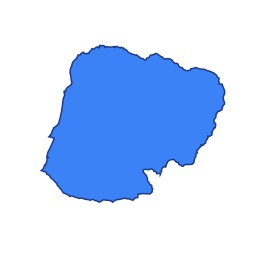 Aricestii Zeletin, Prahova, Romania (Mercator projection), rotated 116°
{"feature_id": "2599482B40802977516899", "entity_name": "Aricestii Zeletin", "entity_type": "district", "adm_level": 2, "iso_a3": "ROU", "parent_name": "Romania", "parent_adm1": "Prahova", "projection": "mercator", "projection_center": [26.154, 45.226], "detail": "fine", "context": "isolated", "style": "filled", "palette": "blue", "viewbox_px": 256, "rotation_deg": 116, "n_neighbors": 0, "source": "geoboundaries", "source_scale": "gbopen_adm2", "svg_char_len": 5693}
<svg xmlns="http://www.w3.org/2000/svg" viewBox="0 0 256 256"><g transform="rotate(116 128 128)"><path d="M204.3,187.3L203.8,183.0L203.8,181.6L204.7,181.1L205.1,180.8L205.0,179.7L205.1,178.7L204.9,178.5L205.0,177.8L205.6,177.0L206.2,176.7L206.3,176.4L206.8,175.1L207.1,173.3L207.7,171.6L208.3,170.6L208.5,169.6L208.9,168.6L209.0,168.0L209.6,167.2L210.3,166.7L210.7,165.9L211.4,163.5L212.2,162.6L212.4,161.6L213.0,160.4L214.6,157.9L214.4,152.9L214.7,150.9L215.1,150.4L214.1,149.5L213.5,148.5L213.4,146.0L213.2,144.5L212.8,143.0L212.9,141.8L212.7,141.1L211.9,140.1L211.4,138.9L211.1,137.7L210.8,135.3L210.0,132.8L209.8,132.3L209.5,130.5L207.6,128.3L207.4,127.7L207.7,125.9L207.6,125.5L207.1,124.7L207.3,122.6L207.2,121.4L206.2,120.2L203.8,119.3L203.1,118.0L202.7,116.7L201.5,113.6L201.1,112.2L201.1,110.4L201.3,109.7L201.2,109.5L201.3,109.1L199.6,108.5L198.0,107.3L196.9,106.0L195.8,104.2L194.3,102.5L193.2,100.9L192.7,100.7L192.5,100.2L192.3,98.7L191.0,94.9L191.1,93.4L190.6,91.8L187.7,90.9L186.2,88.7L183.2,90.0L183.1,89.8L182.6,89.8L182.4,89.5L182.4,88.8L182.3,88.5L181.9,88.1L181.8,87.7L181.3,87.5L180.6,86.2L177.5,79.2L174.9,78.3L174.4,78.6L173.7,78.7L172.8,79.2L171.7,79.2L171.5,80.2L171.0,80.4L170.8,80.7L169.8,81.1L169.4,81.4L169.0,83.7L167.5,85.8L167.1,87.1L166.9,87.4L164.5,88.6L163.8,89.6L162.8,90.4L162.4,91.1L162.1,92.3L161.5,93.4L161.1,94.6L159.9,95.5L159.1,96.0L157.3,94.2L156.9,92.3L156.4,90.9L154.4,89.3L154.5,88.5L154.3,87.7L155.0,86.5L155.1,86.3L154.9,86.2L154.9,85.9L155.5,85.7L155.2,84.4L155.2,83.2L155.8,82.6L156.4,82.2L156.5,82.0L156.1,81.3L155.8,81.3L154.6,79.3L155.8,78.6L154.6,78.6L153.5,79.1L151.8,78.8L151.2,79.4L150.2,79.8L149.5,79.7L148.4,79.4L147.0,78.5L146.7,78.1L146.6,77.1L145.9,77.4L145.7,77.7L145.4,77.5L145.3,77.2L143.7,77.7L142.4,77.4L141.9,77.7L140.8,77.6L140.3,77.4L138.1,76.0L137.4,75.0L136.1,72.7L136.9,71.3L137.5,69.8L137.5,69.3L137.0,68.1L137.0,67.8L137.3,67.3L138.2,66.7L138.3,66.5L138.5,64.4L138.3,63.7L138.7,62.6L138.2,61.7L136.7,61.3L136.3,60.7L135.7,60.4L134.7,58.9L134.6,57.8L133.8,57.2L133.6,56.1L132.8,55.3L132.7,54.8L132.5,54.5L130.1,53.6L127.2,54.6L126.3,54.5L125.4,54.8L124.6,54.5L123.5,54.8L122.8,54.8L121.8,55.4L121.0,55.6L120.6,55.5L120.4,54.9L120.0,54.8L118.5,56.0L117.8,56.2L117.2,55.7L113.8,55.0L113.2,54.6L112.8,54.7L112.1,54.1L111.8,54.2L111.3,54.9L111.0,55.1L110.9,54.9L110.9,53.8L110.6,52.9L108.9,52.5L107.6,51.7L106.9,51.8L105.9,52.4L103.7,52.0L103.2,51.7L102.4,52.3L102.0,52.2L101.3,51.8L101.1,51.9L100.9,52.5L100.5,52.7L100.3,52.0L99.9,51.4L99.6,51.2L99.4,50.8L97.5,49.6L97.0,49.9L95.3,50.3L95.1,50.4L95.3,50.7L95.2,50.9L93.6,50.6L92.7,50.8L91.5,50.5L90.6,50.9L90.4,50.8L90.2,50.1L89.8,49.9L88.9,49.9L88.2,50.2L87.0,50.4L85.4,51.5L85.4,51.8L85.7,52.6L85.6,53.0L84.2,53.5L83.4,54.3L82.7,54.4L80.3,53.7L76.8,54.9L76.1,54.9L75.3,54.3L74.5,54.6L74.0,54.6L73.2,53.9L72.7,53.0L71.4,52.3L70.5,51.6L70.1,51.6L69.0,52.2L68.2,52.0L67.6,52.4L67.3,52.4L65.6,52.3L64.5,51.7L63.5,52.0L62.5,52.6L62.0,53.6L61.0,54.2L58.9,56.0L57.2,56.0L56.3,56.4L55.8,56.1L55.1,56.1L53.0,57.0L52.2,57.6L49.7,60.1L49.4,60.8L47.3,62.5L47.4,62.8L47.9,63.1L48.0,64.6L48.6,65.4L47.8,66.0L46.9,66.1L46.0,67.1L44.9,67.6L44.1,67.6L43.6,67.8L43.3,68.3L43.1,70.2L42.8,70.6L42.0,71.2L41.5,72.7L41.3,74.1L40.9,74.9L41.2,76.7L40.9,77.8L41.7,82.1L41.8,84.6L42.1,86.0L43.0,88.0L43.6,90.0L43.5,91.0L43.8,91.9L43.9,92.9L43.8,93.4L44.4,94.1L45.1,94.3L46.0,95.9L46.9,96.8L47.1,97.5L47.8,97.2L48.2,97.3L48.8,97.7L49.9,99.0L50.4,99.3L50.7,99.9L50.9,101.0L51.0,104.0L50.1,105.2L50.4,106.3L50.3,107.2L50.5,108.3L50.4,109.2L50.2,109.6L49.5,110.2L48.6,111.1L48.6,112.8L49.2,113.7L49.2,114.5L48.8,116.5L47.8,117.8L47.4,120.0L47.5,120.6L48.2,122.4L48.8,123.4L49.1,124.3L49.9,125.1L50.2,125.7L49.2,128.0L49.3,129.4L49.5,130.1L49.0,131.0L49.0,132.3L48.6,133.4L48.8,135.7L49.4,136.0L49.8,136.6L50.7,136.9L51.1,137.6L51.8,138.4L52.3,139.3L52.9,139.8L53.8,140.0L54.6,139.9L55.3,140.2L56.5,140.8L57.2,142.0L57.6,142.0L58.8,141.5L59.4,141.7L59.7,142.1L59.5,142.9L59.5,143.8L59.0,145.2L59.7,147.0L59.7,147.5L59.1,149.2L59.1,149.8L58.5,152.2L59.2,153.0L59.3,153.6L59.5,155.6L59.8,156.7L59.8,158.1L59.9,159.8L59.7,161.1L58.7,163.3L58.6,164.0L58.4,164.7L58.9,165.4L58.9,165.9L58.1,166.7L58.0,167.0L58.5,168.2L58.4,169.7L58.5,169.8L59.4,170.1L59.3,170.8L59.5,171.2L59.6,172.0L59.5,173.3L60.1,174.6L61.0,174.7L61.5,175.0L61.5,175.5L60.9,175.9L60.8,176.1L61.9,177.3L62.4,178.1L64.2,182.2L64.3,183.3L65.1,183.5L65.7,183.9L64.8,185.1L64.7,185.7L65.1,187.4L65.9,188.1L65.8,188.9L66.0,189.4L66.3,189.7L66.8,189.7L68.0,188.8L68.5,188.9L68.7,189.4L68.4,190.7L68.6,191.3L69.9,192.3L72.0,193.1L72.3,193.6L72.2,194.9L72.5,195.2L74.3,195.2L76.3,196.0L78.5,196.1L78.7,196.5L78.7,197.3L78.8,197.6L79.4,197.9L80.0,199.0L80.1,199.5L79.7,200.0L79.9,201.0L79.6,201.6L81.7,202.9L83.2,202.9L83.5,203.1L83.7,204.0L84.4,204.6L84.5,204.9L85.7,204.5L86.7,204.8L88.2,204.8L90.4,205.6L91.3,206.1L92.9,206.4L95.1,206.3L97.5,205.7L99.4,205.8L101.3,205.3L104.1,204.1L106.5,202.0L109.9,200.0L111.5,198.5L112.1,198.2L113.4,198.1L114.6,198.3L117.8,200.1L118.8,200.5L120.0,200.6L122.7,200.3L122.7,201.4L123.6,201.5L123.9,200.5L124.5,200.5L126.0,199.7L126.3,199.3L130.1,199.0L142.7,194.8L144.9,194.4L148.3,193.5L153.5,192.5L154.5,192.0L155.5,192.7L157.8,193.1L158.3,193.8L160.1,194.3L160.2,194.8L162.0,194.7L163.5,194.9L165.3,194.6L166.0,194.3L166.7,194.2L167.5,194.7L168.4,194.7L168.7,194.6L169.1,194.9L169.6,194.9L170.6,195.3L170.0,192.9L169.8,191.5L169.6,191.4L169.5,190.9L169.8,190.0L171.5,189.5L182.6,189.2L184.5,189.4L189.6,188.3L189.4,188.1L189.5,186.7L190.2,187.2L190.8,187.3L194.5,186.2L196.9,186.3L197.9,185.9L198.0,186.7L201.4,186.3L202.6,186.5L204.3,187.3Z" fill="#3b82f6" stroke="#1e3a8a" stroke-width="1.5"/></g></svg>